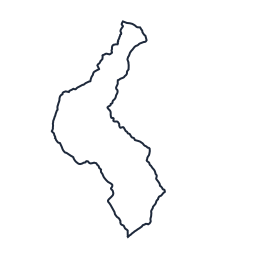 Bardo, Shemgang, Bhutan (Albers equal-area conic projection), rotated 146°
{"feature_id": "84629894B88574535309986", "entity_name": "Bardo", "entity_type": "district", "adm_level": 2, "iso_a3": "BTN", "parent_name": "Bhutan", "parent_adm1": "Shemgang", "projection": "albers", "projection_center": [90.949, 27.102], "detail": "fine", "context": "isolated", "style": "outline", "palette": "slate", "viewbox_px": 256, "rotation_deg": 146, "n_neighbors": 0, "source": "geoboundaries", "source_scale": "gbopen_adm2", "svg_char_len": 5919}
<svg xmlns="http://www.w3.org/2000/svg" viewBox="0 0 256 256"><g transform="rotate(146 128 128)"><path d="M185.5,73.9L186.2,65.9L187.0,63.8L187.0,62.7L186.9,60.6L186.4,59.3L186.0,58.0L186.3,55.1L187.1,54.1L187.6,52.7L187.6,52.2L187.4,51.4L186.6,50.2L186.2,49.4L186.6,46.4L186.4,45.6L185.9,44.5L185.6,43.2L187.9,39.7L188.3,38.9L189.0,38.2L189.0,37.7L186.8,38.1L185.6,38.0L183.3,38.4L181.6,38.4L180.5,38.6L178.0,38.5L176.9,38.6L174.7,38.5L171.5,38.6L170.9,38.9L170.3,39.1L169.8,39.1L169.3,39.0L168.2,38.6L167.6,38.7L167.1,38.7L166.6,38.4L165.6,37.6L165.2,36.9L163.7,36.8L163.0,37.0L161.9,37.5L161.3,38.0L160.5,39.7L160.3,40.0L159.5,40.8L158.4,41.7L157.3,43.0L156.9,43.6L156.1,44.5L155.9,45.2L155.2,46.2L153.5,47.2L152.8,47.4L152.1,47.9L151.7,48.4L151.3,48.7L150.1,49.1L149.5,49.2L147.6,49.8L146.4,50.6L145.9,51.1L145.0,51.7L144.5,51.9L143.0,52.1L142.8,52.2L142.6,52.4L142.4,52.8L140.7,53.7L139.1,53.6L138.5,53.4L137.8,53.5L134.9,54.4L134.3,54.4L133.5,54.3L133.1,54.5L132.8,55.2L132.5,55.8L132.4,56.2L132.6,56.8L133.3,57.6L133.4,58.1L133.2,59.3L133.3,60.7L133.4,61.2L133.8,62.0L133.6,62.7L133.4,63.0L133.1,63.7L132.9,64.8L132.9,67.2L133.1,69.5L133.0,70.1L132.9,70.4L131.3,71.8L130.7,72.7L130.7,73.3L130.8,74.6L130.2,76.1L129.9,77.3L129.8,78.1L129.8,79.1L130.1,81.2L130.1,83.8L130.5,85.2L130.3,86.2L130.0,86.9L129.9,87.6L130.7,89.9L130.7,90.2L130.6,90.7L129.2,91.8L128.8,92.3L128.5,92.6L127.1,93.3L125.9,93.7L125.3,94.2L124.6,94.8L122.8,96.7L121.6,98.8L121.7,99.6L121.9,100.0L122.6,100.6L122.8,101.0L123.0,102.2L123.4,103.0L124.0,103.9L124.3,104.9L124.4,106.6L124.5,107.3L125.2,108.8L125.3,109.4L125.9,110.4L127.0,111.8L128.9,114.0L129.0,114.3L128.7,116.1L128.9,116.6L129.2,117.0L129.8,117.7L130.1,118.3L130.1,119.7L130.0,121.3L130.0,122.2L131.1,123.6L131.1,124.1L131.0,124.6L131.0,125.5L131.5,126.5L131.6,126.9L131.3,130.2L131.4,131.2L131.8,131.6L134.1,132.4L134.3,132.8L134.3,133.5L134.0,134.7L133.7,135.3L133.3,135.7L133.1,136.2L133.0,136.5L133.0,138.1L133.1,138.9L133.3,139.3L134.0,139.9L135.1,140.6L135.7,141.1L136.0,141.6L136.1,141.9L136.0,142.4L134.7,143.7L134.6,144.2L134.9,144.8L135.7,145.3L136.0,145.7L136.1,146.0L135.8,147.0L135.2,148.2L134.7,149.1L134.0,150.0L133.4,151.2L133.2,152.6L133.4,153.5L133.7,155.6L133.6,156.3L133.4,156.6L132.6,156.8L130.0,156.6L129.7,156.7L128.8,157.6L128.0,157.4L127.4,157.4L126.8,157.6L125.9,158.6L125.6,158.8L125.3,159.0L124.5,159.2L123.6,159.3L122.4,159.6L121.6,160.0L120.9,160.5L119.5,161.8L117.4,162.9L116.3,163.9L116.1,164.4L115.7,165.0L115.6,165.5L115.8,166.6L115.8,167.1L115.4,168.0L115.0,168.4L112.0,170.2L111.4,170.9L110.9,171.8L109.7,173.3L108.2,173.0L106.9,173.1L103.8,172.4L102.8,172.4L101.7,172.8L99.9,173.0L99.0,173.4L98.5,173.7L98.1,174.2L97.7,174.8L97.0,175.5L96.4,175.7L95.2,176.1L94.6,176.4L94.4,176.9L94.0,177.3L92.3,179.7L92.0,180.3L91.7,180.8L91.3,181.8L90.9,182.1L90.2,185.0L89.9,185.4L88.2,186.8L87.3,187.1L85.9,188.0L84.2,189.3L81.8,190.2L80.7,190.4L77.4,191.5L76.7,191.6L75.6,191.6L75.0,191.5L74.4,191.3L73.6,191.2L72.4,191.3L71.7,191.5L70.8,191.4L66.9,190.5L66.0,190.0L65.2,189.8L64.3,190.0L63.5,190.4L62.0,194.7L62.5,196.4L62.5,199.2L61.7,201.0L61.9,201.9L61.7,204.6L63.9,206.3L64.2,206.8L64.6,207.8L64.7,208.6L65.3,210.1L66.2,211.9L67.9,213.8L70.2,215.7L72.6,219.2L74.0,218.5L75.1,217.7L75.3,217.3L75.3,216.3L75.2,215.4L75.5,215.0L77.9,214.1L79.5,213.2L79.8,212.8L80.2,212.3L80.4,210.9L80.6,210.4L81.0,209.9L81.3,209.7L81.6,209.8L82.3,209.6L82.5,209.5L82.7,209.2L83.1,208.8L83.5,208.5L84.2,208.2L85.4,207.1L86.5,206.6L86.7,206.4L87.4,206.0L87.8,205.2L88.3,205.1L88.6,204.9L88.7,204.5L88.9,203.9L89.9,203.2L91.2,204.1L92.0,204.5L92.5,204.6L93.1,205.0L93.8,205.1L95.2,204.7L95.7,204.3L96.4,203.6L97.1,202.4L97.5,202.1L98.3,201.5L98.6,200.8L98.8,200.1L99.1,199.5L99.5,199.3L99.9,199.4L101.0,199.2L102.2,199.4L104.2,201.6L104.8,201.9L105.4,202.1L105.9,202.0L107.1,202.2L108.0,202.5L108.6,202.4L109.0,201.5L109.5,200.9L110.1,200.1L110.8,199.4L111.7,199.3L112.5,198.9L113.3,198.9L114.2,198.3L115.4,197.7L116.0,197.6L117.1,197.6L117.5,197.5L118.4,197.0L118.5,196.3L118.7,195.0L118.9,193.2L119.0,193.0L119.6,193.0L121.5,193.3L124.4,193.5L125.4,193.3L126.6,192.5L127.4,191.7L129.5,190.8L130.8,189.9L131.8,189.1L132.9,187.9L133.5,187.9L134.2,188.3L136.7,188.7L138.1,188.9L140.6,188.7L141.6,189.2L143.7,189.4L145.8,189.6L147.2,189.8L148.3,189.7L149.6,189.4L149.9,189.5L150.6,190.1L150.9,190.4L151.3,191.0L151.8,191.1L152.8,191.1L155.5,191.5L155.9,191.5L156.9,190.9L158.7,192.7L159.2,193.2L159.9,193.4L161.5,193.8L162.5,193.6L163.1,193.2L163.5,192.6L165.3,192.7L165.9,192.5L166.8,192.1L168.1,191.0L169.4,189.3L170.7,188.2L171.3,187.8L172.2,187.1L173.1,186.3L174.2,185.5L174.9,184.7L176.2,182.5L177.1,182.3L177.7,181.9L179.9,180.3L181.7,178.7L182.4,178.4L184.1,177.0L186.1,175.6L187.0,174.4L187.9,173.6L188.7,172.0L189.9,170.6L190.6,169.5L191.6,168.7L192.9,168.0L192.9,166.7L192.5,165.7L192.5,164.7L192.9,163.7L193.2,163.0L193.2,161.8L193.5,160.9L194.1,160.5L194.0,160.2L194.0,159.6L194.3,158.5L194.3,157.5L194.2,155.5L193.9,154.7L193.0,153.8L192.8,153.4L192.9,153.1L193.4,150.0L193.5,149.4L194.1,146.9L194.2,145.8L194.2,144.9L194.0,143.5L193.8,142.7L192.9,141.8L190.9,136.9L190.1,135.4L189.7,134.4L190.1,132.9L190.2,131.1L190.1,129.5L189.9,128.8L189.6,127.7L189.1,126.3L188.8,125.8L187.9,124.9L186.6,124.4L185.5,124.1L184.6,124.1L183.8,123.9L183.2,123.5L182.4,123.3L181.8,123.7L181.0,123.7L180.0,122.9L179.8,122.4L179.8,121.8L179.6,120.5L178.8,119.5L177.0,118.7L175.5,118.2L174.0,116.5L174.0,115.7L174.1,114.7L173.9,114.3L173.7,113.2L173.7,112.5L174.2,111.1L174.0,110.4L173.7,109.3L173.6,108.6L174.3,107.9L175.0,106.4L174.9,104.2L175.5,101.2L175.5,99.6L175.2,96.8L174.7,94.4L173.7,92.5L173.0,90.9L172.8,89.9L172.9,89.5L173.5,88.6L174.6,87.9L175.7,87.6L176.0,87.2L176.1,86.6L175.8,85.2L175.8,84.4L176.6,82.2L177.3,81.4L178.3,80.7L180.4,80.2L183.9,79.6L185.1,79.1L185.6,78.3L185.7,77.8L185.5,76.2L185.5,73.9Z" fill="none" stroke="#1e293b" stroke-width="2"/></g></svg>